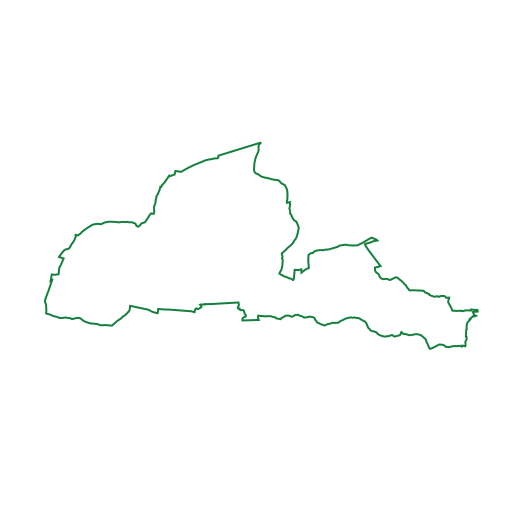 outline of Bontida, Cluj, Romania, rotated 354°
{"feature_id": "2599482B64143307562528", "entity_name": "Bontida", "entity_type": "district", "adm_level": 2, "iso_a3": "ROU", "parent_name": "Romania", "parent_adm1": "Cluj", "projection": "equal_earth", "projection_center": [23.849, 46.902], "detail": "fine", "context": "isolated", "style": "outline", "palette": "green", "viewbox_px": 512, "rotation_deg": 354, "n_neighbors": 0, "source": "geoboundaries", "source_scale": "gbopen_adm2", "svg_char_len": 6099}
<svg xmlns="http://www.w3.org/2000/svg" viewBox="0 0 512 512"><g transform="rotate(354 256 256)"><path d="M451.8,368.2L451.7,367.8L452.0,366.7L454.7,367.6L455.1,366.4L455.3,363.0L456.4,361.5L456.9,360.1L456.9,358.3L456.4,358.2L456.4,357.3L457.4,351.2L458.0,350.7L458.0,348.8L458.6,345.7L459.5,344.1L461.1,342.8L461.5,342.1L462.4,341.6L462.0,341.0L463.0,340.4L464.8,339.1L465.9,338.4L466.3,339.0L468.5,338.5L467.2,337.6L466.6,337.0L466.1,335.4L465.9,334.4L470.7,334.4L470.5,332.7L467.6,332.4L464.2,331.7L464.0,332.6L458.4,332.0L456.5,332.4L454.5,332.3L454.3,331.8L450.8,331.7L445.6,330.9L444.5,327.2L442.3,322.1L442.7,320.2L443.7,317.6L440.7,317.4L440.2,316.5L439.3,315.6L437.4,315.2L435.0,315.2L433.4,315.8L432.2,315.0L431.5,314.9L429.8,315.2L429.0,315.1L426.1,313.8L424.2,312.6L424.1,311.8L423.0,311.4L421.8,310.5L420.1,309.8L419.5,308.5L418.5,307.9L417.4,308.0L415.3,307.3L414.2,307.4L409.9,306.6L405.3,306.3L404.6,305.7L404.2,304.7L403.0,303.2L402.3,301.4L401.3,300.0L400.1,298.7L399.5,297.6L397.6,295.5L395.9,294.1L395.4,293.2L394.0,292.2L393.1,291.8L392.3,291.9L387.8,293.6L386.5,293.8L385.5,293.4L384.9,292.9L384.1,292.6L382.6,292.3L379.8,292.3L378.1,291.4L376.8,289.7L376.5,288.1L375.6,286.4L373.9,285.0L373.5,284.4L372.8,282.6L373.1,280.7L373.1,279.9L375.4,279.7L378.8,279.1L368.8,262.5L366.3,257.9L365.5,255.6L367.2,255.1L369.5,254.9L375.0,253.4L377.9,253.4L378.4,253.3L377.8,252.6L373.1,249.8L372.3,250.2L371.1,250.5L362.7,254.3L357.9,256.0L354.5,255.8L349.6,255.1L346.3,254.1L341.3,254.3L339.9,254.5L337.8,255.5L330.0,256.9L328.0,257.1L326.0,256.9L324.2,257.1L323.5,257.4L322.2,257.0L319.6,256.8L315.7,257.1L313.9,257.9L313.0,258.9L310.9,258.9L308.3,260.4L307.5,266.0L307.3,273.4L303.6,274.7L299.5,277.3L299.7,274.0L296.8,274.4L293.0,273.8L291.5,281.7L290.8,283.5L290.4,283.8L289.2,282.8L287.9,282.0L286.4,281.6L285.8,281.0L281.7,279.1L277.4,276.0L277.9,274.9L279.8,272.3L281.2,268.4L282.2,262.7L281.6,261.1L282.3,259.3L281.9,256.1L285.9,253.3L287.9,251.7L288.6,251.0L291.3,249.3L294.0,247.1L295.0,245.6L297.7,242.5L298.5,241.0L299.7,238.2L301.5,232.6L300.7,229.1L299.7,226.0L297.8,224.6L297.2,223.8L295.7,220.6L295.5,219.0L294.4,217.4L294.6,214.2L294.1,212.6L295.2,208.9L295.4,207.7L295.2,207.2L294.7,206.6L295.1,206.0L292.3,206.3L292.3,205.4L293.3,201.8L293.8,197.5L293.9,194.3L293.5,192.1L292.0,188.4L289.8,187.1L288.1,185.5L286.9,183.5L285.3,182.7L283.6,182.4L279.8,181.4L276.5,180.0L272.3,178.7L269.5,177.5L266.5,174.8L264.8,174.0L264.0,173.2L263.2,171.9L263.1,170.9L263.1,169.2L263.6,167.1L263.7,165.5L264.3,162.9L265.4,159.6L266.2,157.7L269.4,152.0L269.7,150.7L269.9,147.6L270.2,146.5L271.0,145.2L272.3,144.3L272.1,143.8L229.4,152.2L229.0,152.4L229.1,152.8L228.9,153.7L228.6,154.5L228.1,154.8L224.1,154.6L222.1,155.1L221.0,155.0L216.4,155.4L203.3,159.2L195.9,162.0L190.3,164.5L184.8,163.0L183.5,166.5L178.3,167.7L178.0,167.1L172.9,173.1L169.7,176.0L169.0,177.4L168.6,177.5L168.1,177.3L167.0,180.3L164.9,184.0L163.0,186.7L162.9,188.0L161.8,190.4L161.9,191.2L161.4,193.2L160.0,195.6L159.7,196.7L159.4,201.0L159.2,202.5L158.9,203.2L158.0,203.3L156.9,202.8L156.0,202.8L154.3,204.4L153.6,205.5L149.3,210.6L148.6,211.0L145.8,211.5L142.5,214.4L141.7,214.5L140.3,213.5L139.6,211.6L138.8,210.8L135.5,209.3L133.6,209.3L131.4,208.5L130.4,208.7L126.7,208.1L122.9,208.2L120.6,207.6L114.6,206.6L113.1,206.6L109.1,206.8L105.2,208.2L101.7,207.4L97.8,207.6L96.0,208.1L90.5,210.8L85.6,213.7L83.8,215.3L81.3,216.8L81.0,216.9L78.0,215.8L79.2,216.8L77.2,221.0L75.0,223.8L74.0,224.6L73.2,226.1L72.5,226.7L71.6,228.3L69.6,229.5L67.4,229.5L65.4,230.6L62.4,233.6L60.0,236.4L64.4,238.4L60.8,244.8L59.3,246.7L58.5,249.8L57.8,253.5L54.2,253.7L51.0,253.0L49.3,258.7L50.0,258.2L50.9,258.2L46.2,268.5L42.9,275.0L41.3,278.5L41.5,280.0L42.1,282.3L41.9,287.6L41.3,291.2L45.7,293.0L48.3,294.6L51.6,295.7L54.3,297.2L57.3,297.4L59.5,297.2L64.6,298.4L66.4,299.5L71.2,298.9L73.1,299.0L74.9,299.7L77.4,302.2L78.6,303.1L83.5,305.5L91.3,307.1L93.6,308.5L94.7,308.7L99.4,309.0L105.4,310.2L111.1,306.2L115.5,303.8L116.9,302.6L120.0,300.9L122.4,299.0L123.0,298.3L123.6,298.1L124.6,296.6L125.7,292.4L142.2,297.8L143.9,298.5L147.1,300.7L151.8,302.6L152.3,302.5L153.2,298.5L160.4,299.8L163.3,300.1L185.3,304.1L186.4,304.4L189.0,305.5L189.4,304.4L189.5,303.7L190.1,302.6L190.6,302.1L191.1,301.9L192.5,302.7L193.3,302.6L196.3,301.1L196.4,300.5L195.3,298.6L195.6,298.5L200.2,298.8L200.3,298.4L200.8,298.6L206.4,299.1L233.7,300.4L233.9,302.9L232.6,305.2L232.5,305.8L233.4,306.6L234.0,306.5L234.0,307.5L234.5,307.6L235.3,308.3L237.5,308.4L238.0,308.8L238.2,310.0L238.4,310.4L238.7,312.1L239.8,314.3L239.7,314.7L239.5,315.1L237.3,315.8L236.2,316.6L236.0,316.9L235.8,318.7L252.0,319.9L251.6,318.9L251.6,317.6L251.9,315.6L258.4,316.9L263.9,317.3L268.4,319.1L268.6,319.0L269.8,320.2L273.9,321.4L274.9,320.3L278.2,319.1L278.8,318.5L280.8,318.5L283.0,318.9L284.8,320.0L285.6,320.2L289.1,318.7L291.8,318.9L292.9,319.8L295.6,320.9L297.5,322.3L301.9,322.2L302.8,321.8L306.8,323.0L307.7,323.9L308.1,325.6L309.0,326.5L309.8,328.5L311.6,329.4L313.0,330.5L315.7,331.6L316.9,332.3L320.3,331.2L323.0,331.0L325.1,330.3L326.4,330.7L330.7,331.0L333.5,329.4L335.4,328.9L337.8,327.9L339.3,327.5L343.8,326.9L345.1,327.4L348.3,327.6L349.5,328.1L351.3,328.4L352.3,328.9L355.7,331.5L357.6,332.6L359.0,335.0L359.2,336.6L359.6,337.0L359.6,337.7L360.2,339.3L361.1,340.2L362.0,341.8L363.7,342.9L365.4,343.2L366.2,343.8L367.3,344.3L368.1,344.8L368.1,345.3L370.4,347.5L372.3,348.4L375.0,349.5L377.1,349.6L380.6,349.4L381.8,348.9L382.9,348.8L383.9,349.3L384.2,349.6L384.2,349.8L385.0,350.4L385.5,350.6L386.5,350.5L390.6,349.8L391.7,348.9L392.1,347.3L392.8,346.8L393.8,348.3L394.6,348.9L397.1,349.4L399.9,350.7L401.6,350.9L407.1,350.4L407.7,350.5L410.7,351.5L411.7,352.0L412.6,352.8L415.4,355.8L416.1,356.8L416.3,358.2L416.6,358.9L416.7,359.6L417.6,361.8L418.3,364.5L418.9,366.0L419.3,366.5L421.5,366.1L428.9,363.2L430.5,363.5L431.3,363.5L433.1,364.2L434.1,364.8L435.2,366.1L435.6,366.3L438.7,366.9L440.3,366.5L442.3,366.3L445.1,366.4L446.2,366.7L447.1,366.5L447.7,366.7L449.9,366.7L450.9,367.2L451.8,368.2Z" fill="none" stroke="#15803d" stroke-width="2"/></g></svg>